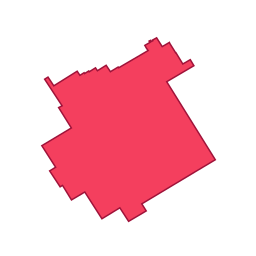 Pehuajó, Buenos Aires, Argentina, rotated 193°
{"feature_id": "61730980B33030242655186", "entity_name": "Pehuajó", "entity_type": "district", "adm_level": 2, "iso_a3": "ARG", "parent_name": "Argentina", "parent_adm1": "Buenos Aires", "projection": "robinson", "projection_center": [-61.837, -35.91], "detail": "fine", "context": "isolated", "style": "filled", "palette": "rose", "viewbox_px": 256, "rotation_deg": 193, "n_neighbors": 0, "source": "geoboundaries", "source_scale": "gbopen_adm2", "svg_char_len": 795}
<svg xmlns="http://www.w3.org/2000/svg" viewBox="0 0 256 256"><g transform="rotate(193 128 128)"><path d="M166.9,45.2L155.7,55.9L133.0,33.7L118.0,48.4L106.4,37.2L91.6,51.3L97.5,57.2L53.3,99.9L35.8,116.7L100.7,181.8L77.8,203.5L82.7,208.6L89.0,202.7L98.2,212.1L98.4,211.9L106.5,220.0L106.9,220.7L113.0,215.0L120.4,222.3L124.0,219.1L123.5,218.6L124.9,217.4L125.8,218.4L127.0,217.4L125.9,216.3L130.2,212.3L127.9,209.8L125.8,208.0L150.6,184.6L151.3,185.2L157.8,178.9L163.4,184.2L170.7,176.9L173.2,179.3L178.5,174.0L179.1,174.7L182.5,171.3L183.2,172.0L186.7,168.5L190.3,171.9L209.8,152.4L217.4,159.6L220.2,156.8L216.3,153.1L197.2,134.8L200.2,132.3L183.2,115.3L208.0,91.4L189.7,73.5L194.7,68.6L180.9,55.4L179.0,57.3L178.1,56.6L166.9,45.2Z" fill="#f43f5e" stroke="#9f1239" stroke-width="1.5"/></g></svg>